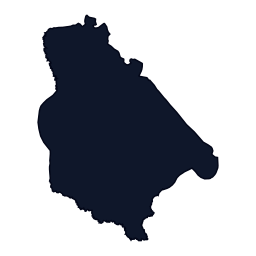 Lao Suea Kok, Ubon Ratchathani, Thailand
{"feature_id": "78962969B14407217279101", "entity_name": "Lao Suea Kok", "entity_type": "district", "adm_level": 2, "iso_a3": "THA", "parent_name": "Thailand", "parent_adm1": "Ubon Ratchathani", "projection": "mercator", "projection_center": [104.892, 15.444], "detail": "fine", "context": "isolated", "style": "filled", "palette": "ink", "viewbox_px": 256, "rotation_deg": 0, "n_neighbors": 0, "source": "geoboundaries", "source_scale": "gbopen_adm2", "svg_char_len": 5676}
<svg xmlns="http://www.w3.org/2000/svg" viewBox="0 0 256 256"><path d="M149.7,80.2L148.6,80.3L147.5,78.4L146.8,77.7L139.8,76.4L138.9,75.9L141.2,71.1L141.8,69.2L142.2,66.6L142.3,63.7L142.0,63.3L134.8,59.3L132.9,59.6L131.3,59.0L130.4,59.4L130.0,60.2L130.0,61.3L130.9,62.8L130.8,63.3L128.6,64.7L127.4,64.9L126.2,64.6L124.1,62.9L123.6,61.9L123.8,59.7L123.6,59.0L121.2,58.0L120.0,56.9L118.9,53.0L117.8,51.3L114.2,49.2L111.1,46.3L107.8,44.2L107.6,42.9L108.1,40.9L107.6,39.3L107.8,36.7L108.1,35.9L109.8,34.1L108.3,32.3L107.3,29.9L106.7,26.9L104.5,23.6L104.1,23.5L103.4,23.9L98.5,27.6L96.8,28.0L94.5,28.1L93.4,26.7L93.1,25.5L93.7,25.1L95.6,24.9L96.2,24.4L95.3,21.7L95.5,19.1L94.3,18.4L89.4,17.4L88.3,16.7L87.0,15.4L86.4,15.5L85.8,16.5L85.0,19.8L84.9,21.4L85.5,24.3L82.7,26.5L81.8,26.3L80.2,24.3L78.3,23.4L75.9,25.1L73.8,25.4L73.2,25.2L71.0,26.2L68.6,26.6L62.6,27.4L58.8,27.5L55.6,28.0L54.1,27.9L53.2,28.1L52.8,28.8L50.2,28.5L48.4,29.6L48.4,30.5L47.1,31.5L46.3,32.6L45.4,32.8L45.6,33.4L45.0,33.2L45.6,34.6L45.1,34.6L45.0,35.1L44.5,35.3L44.7,35.8L45.3,35.6L45.5,36.1L43.8,36.5L43.7,36.9L44.3,37.6L43.6,37.3L43.3,37.4L43.9,38.0L43.2,38.2L43.2,39.2L43.8,39.2L43.9,40.5L44.3,40.9L43.8,41.7L44.5,43.3L43.7,43.7L44.2,46.0L44.8,46.6L45.3,46.7L45.3,47.3L45.9,47.7L45.3,47.7L45.1,48.5L44.2,48.5L44.1,48.9L44.1,49.2L44.7,49.3L44.1,50.2L44.3,51.0L44.8,51.4L44.9,52.0L45.4,52.1L45.4,53.2L45.8,53.0L46.2,54.1L46.7,54.2L46.0,55.5L46.1,56.3L45.9,57.2L46.3,57.8L47.2,57.9L47.3,58.5L47.8,58.8L47.3,60.7L48.2,60.5L48.4,59.8L48.6,60.4L50.5,61.8L50.9,63.1L50.0,63.6L49.5,63.4L49.4,63.9L50.3,65.0L50.3,65.5L49.9,65.5L50.1,66.0L50.8,66.4L51.0,66.8L50.6,67.8L51.1,68.0L51.0,68.4L52.2,68.6L51.9,70.0L52.2,70.2L52.4,70.9L53.0,71.1L53.4,72.9L53.2,73.6L53.8,74.9L53.5,76.1L54.1,76.2L54.1,75.7L55.7,76.0L55.3,77.6L55.9,77.4L55.9,78.0L56.7,78.3L56.2,78.5L56.4,79.1L55.2,79.2L54.9,79.5L55.0,80.0L55.6,79.8L56.4,81.0L56.2,81.9L56.5,83.9L56.4,85.1L55.8,85.9L56.7,86.6L56.3,87.0L56.7,87.4L56.2,87.9L55.9,88.9L56.1,89.1L56.7,88.7L57.1,88.9L56.8,89.5L57.0,90.7L53.0,95.4L47.0,99.7L43.7,102.9L41.2,105.8L40.3,107.8L39.5,110.7L38.1,122.3L39.0,128.9L40.7,136.0L43.9,142.4L50.3,150.5L50.4,153.8L49.9,160.5L50.2,163.4L49.6,166.7L49.6,169.4L50.3,178.5L49.6,181.1L50.3,181.7L50.3,182.7L50.9,182.9L51.6,184.4L51.0,185.2L50.8,186.9L51.0,187.3L51.8,187.7L52.2,189.3L52.6,189.7L52.4,190.8L53.5,191.7L56.0,191.1L56.6,192.2L57.1,192.6L58.5,192.6L58.9,192.2L60.1,192.0L62.5,193.8L62.9,195.0L63.2,195.3L64.0,195.4L64.6,195.8L65.0,195.6L66.0,195.9L67.2,195.7L68.2,196.5L69.0,196.4L69.5,197.5L70.5,197.8L70.9,197.4L72.1,197.3L72.0,197.9L72.4,198.3L72.9,198.2L73.3,198.7L75.5,199.9L75.7,200.9L76.3,201.3L76.0,201.8L76.2,202.7L76.8,203.0L77.3,202.7L77.6,203.1L77.1,204.6L77.4,204.9L78.2,204.9L78.5,205.4L78.3,205.7L78.6,206.2L78.4,207.2L79.5,207.5L79.9,208.3L80.6,208.6L80.5,209.2L80.9,209.5L81.5,209.1L81.4,208.6L82.2,208.5L83.0,209.1L83.7,208.3L84.0,209.1L84.8,209.8L85.1,211.1L85.8,211.2L87.2,209.6L87.7,209.4L88.4,209.7L88.7,210.5L89.3,210.7L90.1,210.4L92.1,210.4L92.3,210.9L91.8,212.0L91.9,213.4L92.7,214.4L92.2,215.4L92.3,216.1L93.1,216.1L94.0,217.4L93.2,217.6L93.8,218.4L94.4,218.1L94.4,218.8L95.4,219.3L95.8,219.4L96.2,219.0L96.5,219.5L97.3,219.3L98.0,220.1L98.6,220.1L99.0,220.6L98.4,221.2L99.0,221.6L99.2,222.7L100.1,222.0L100.4,223.0L101.4,223.1L102.9,222.1L103.0,221.2L103.5,220.6L104.9,220.8L105.8,221.4L106.5,220.7L107.0,221.2L106.7,221.8L107.0,222.1L107.4,221.5L107.9,221.7L108.4,221.2L109.0,222.2L109.9,221.9L110.0,221.2L111.1,220.6L112.5,221.9L113.1,221.8L113.5,221.2L114.8,221.8L114.8,223.1L116.9,224.4L117.8,224.6L118.7,224.5L118.8,223.6L119.5,223.5L121.1,224.8L122.6,224.2L122.8,224.5L122.7,225.4L122.3,226.0L122.8,226.9L124.2,226.9L124.8,227.2L125.5,228.1L125.4,228.4L124.8,228.1L124.5,228.4L124.8,229.3L124.7,230.1L125.1,230.7L125.7,230.8L125.9,233.4L125.4,234.1L126.3,234.2L126.7,235.5L127.3,236.0L127.6,236.7L128.2,236.6L128.7,237.4L129.4,237.6L129.9,238.7L131.0,238.6L130.7,239.6L131.0,240.1L131.5,239.3L134.2,239.1L134.2,238.4L134.5,238.3L135.9,238.3L136.5,239.2L137.5,239.0L137.7,239.6L138.7,240.6L141.2,240.6L141.4,240.2L141.2,239.8L142.0,238.7L144.0,239.9L145.2,239.7L146.2,239.1L146.9,239.7L147.6,239.3L147.6,238.8L146.8,238.8L146.5,238.2L146.9,238.1L147.0,237.6L146.7,237.3L147.0,236.9L146.7,236.5L146.9,236.4L146.6,236.0L146.7,235.5L146.2,235.0L146.4,234.6L146.0,233.9L145.3,233.9L144.4,232.0L144.1,229.9L143.7,230.0L143.6,229.5L142.7,228.7L142.4,228.0L142.5,227.5L141.9,227.0L142.0,226.2L141.4,225.6L141.6,224.8L141.3,224.8L141.3,224.1L141.9,223.9L141.8,223.3L142.4,222.9L142.3,222.2L142.8,221.2L142.9,220.6L142.6,220.3L142.8,219.8L143.8,219.4L144.0,218.6L144.6,218.7L144.7,218.4L146.2,217.6L147.3,217.4L147.5,216.6L148.2,215.8L149.2,216.3L152.3,215.7L152.4,215.3L150.6,215.4L151.1,214.6L153.1,214.3L153.8,213.3L153.9,212.7L153.5,212.3L151.3,211.2L151.8,210.8L151.5,210.7L151.1,209.8L151.2,209.4L150.8,209.3L150.5,208.7L150.5,207.6L150.1,206.4L150.7,206.0L150.8,205.1L151.4,204.6L151.0,203.3L151.7,203.0L151.8,201.9L152.3,201.4L152.1,198.9L152.5,198.7L153.4,197.2L155.5,195.7L156.5,195.6L157.3,195.0L158.1,195.5L158.9,192.9L161.6,190.0L162.6,189.7L162.7,189.1L163.4,189.5L167.0,188.3L169.3,187.2L172.3,184.9L174.6,182.2L176.9,177.7L179.4,175.1L184.5,171.7L192.0,168.1L195.5,171.6L198.2,175.1L201.0,177.3L204.6,178.8L209.1,178.6L210.3,178.3L210.8,177.7L211.6,177.5L212.8,176.7L214.8,174.5L215.9,172.7L217.7,167.9L217.9,165.6L217.5,157.5L215.0,157.1L212.1,154.7L211.9,153.8L212.8,150.9L212.1,148.5L211.3,147.2L208.0,144.9L203.2,142.2L194.2,131.9L186.4,124.6L176.6,112.3L169.9,104.9L165.9,99.9L163.7,97.6L158.5,91.2L156.8,89.5L154.2,85.3L149.7,80.2Z" fill="#0f172a" stroke="#020617" stroke-width="1.5"/></svg>